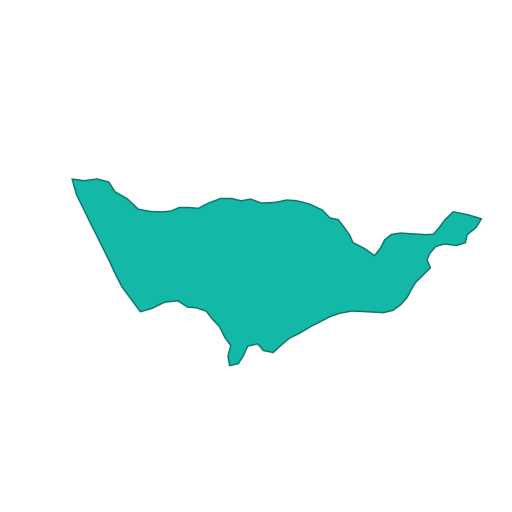 the district of Capivari de Baixo, Santa Catarina, Brazil, rotated 290°
{"feature_id": "56859067B80668799138797", "entity_name": "Capivari de Baixo", "entity_type": "district", "adm_level": 2, "iso_a3": "BRA", "parent_name": "Brazil", "parent_adm1": "Santa Catarina", "projection": "albers", "projection_center": [-48.938, -28.454], "detail": "fine", "context": "isolated", "style": "filled", "palette": "teal", "viewbox_px": 512, "rotation_deg": 290, "n_neighbors": 0, "source": "geoboundaries", "source_scale": "gbopen_adm2", "svg_char_len": 1327}
<svg xmlns="http://www.w3.org/2000/svg" viewBox="0 0 512 512"><g transform="rotate(290 256 256)"><path d="M323.1,287.8L321.7,274.7L319.0,265.5L313.1,256.1L307.6,243.1L307.6,231.4L302.8,223.3L301.7,213.5L298.0,203.2L289.4,193.2L281.1,185.6L278.4,175.7L275.2,167.2L269.2,160.9L265.2,152.4L261.7,141.5L259.7,129.4L265.7,115.6L268.1,101.5L275.2,92.4L274.0,80.3L268.0,68.8L265.4,57.0L252.6,66.0L239.2,80.0L231.3,88.1L222.5,97.5L207.6,113.1L200.8,120.3L193.4,127.5L181.4,140.3L164.1,166.4L171.2,176.2L181.4,186.0L187.1,197.7L184.6,209.5L186.9,217.5L187.1,228.2L182.2,235.9L177.1,245.9L168.9,254.5L163.2,262.9L152.1,264.0L144.0,268.7L148.7,276.1L157.7,278.2L168.5,279.0L174.0,287.6L169.7,295.3L171.2,305.2L180.8,310.1L190.2,315.5L198.2,323.2L209.1,332.1L216.7,339.3L224.2,346.1L230.5,353.8L236.9,364.5L239.9,373.6L242.4,382.1L246.3,395.0L251.8,403.3L259.8,408.7L268.9,412.2L276.4,413.2L285.8,415.0L294.9,419.4L304.5,423.9L311.1,418.0L318.3,418.5L326.5,421.7L331.7,428.8L334.5,440.9L340.0,448.1L348.2,447.2L358.5,453.2L368.0,455.0L367.3,441.5L365.0,426.2L354.5,421.1L345.6,418.5L337.1,415.4L334.0,407.8L330.8,397.0L326.9,383.8L322.6,375.9L315.1,371.4L306.3,370.3L296.9,367.3L300.2,355.1L301.7,342.6L307.5,337.0L312.6,329.8L318.2,320.9L317.1,312.3L321.9,302.5L323.1,287.8Z" fill="#14b8a6" stroke="#0f766e" stroke-width="1.5"/></g></svg>